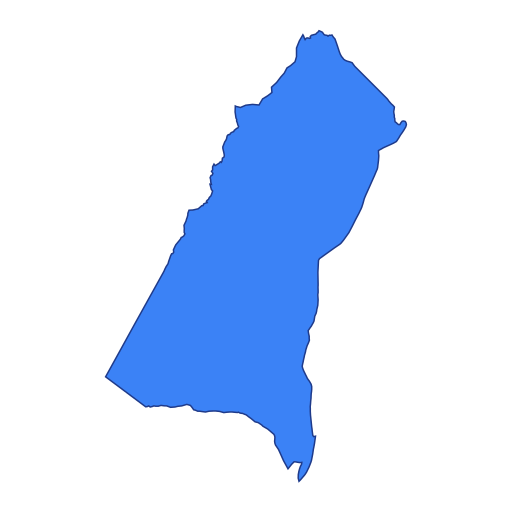 Funyula, Western, Kenya (Equal Earth projection)
{"feature_id": "3690345B93161899730703", "entity_name": "Funyula", "entity_type": "district", "adm_level": 2, "iso_a3": "KEN", "parent_name": "Kenya", "parent_adm1": "Western", "projection": "equal_earth", "projection_center": [34.091, 0.245], "detail": "fine", "context": "isolated", "style": "filled", "palette": "blue", "viewbox_px": 512, "rotation_deg": 0, "n_neighbors": 0, "source": "geoboundaries", "source_scale": "gbopen_adm2", "svg_char_len": 4859}
<svg xmlns="http://www.w3.org/2000/svg" viewBox="0 0 512 512"><path d="M299.0,481.3L300.6,479.7L304.7,474.9L305.6,473.6L306.6,472.0L308.2,468.7L308.9,467.3L309.5,465.8L310.9,462.2L311.5,460.2L312.7,454.0L313.4,449.1L313.8,447.2L314.5,443.4L315.5,436.2L313.7,436.6L312.8,435.4L312.2,430.9L312.0,428.8L311.7,426.9L311.3,423.0L310.7,417.1L310.5,415.2L310.3,411.5L310.3,410.0L310.3,408.5L310.2,406.7L310.5,404.0L310.7,401.1L311.0,398.3L311.1,395.4L311.2,393.7L311.5,391.7L311.7,389.5L311.7,386.5L311.1,384.2L310.2,382.6L309.1,380.8L308.0,379.4L307.1,377.9L306.4,376.3L305.7,375.0L304.9,373.3L303.9,371.3L303.3,369.9L302.6,368.0L302.2,366.2L302.7,363.7L303.1,362.0L303.4,360.4L303.8,358.6L304.2,356.9L304.5,355.2L305.1,353.2L305.5,351.7L305.8,349.9L306.4,348.1L306.8,346.7L307.3,345.3L308.2,343.4L308.9,341.6L309.4,340.2L309.2,338.5L309.2,336.2L308.7,334.1L308.4,332.4L308.2,330.5L309.1,329.3L309.8,328.2L311.4,326.0L312.3,324.3L313.2,322.8L314.0,321.0L314.4,318.5L314.8,316.1L316.1,313.3L316.6,311.2L316.8,309.5L317.3,307.5L317.8,305.3L318.1,300.0L318.0,298.0L317.9,296.6L317.8,294.5L318.1,292.7L318.1,290.6L318.0,287.1L318.1,285.5L318.1,283.8L317.9,272.3L318.0,270.2L318.5,260.3L319.5,258.6L334.7,247.7L340.0,244.1L341.2,243.0L343.7,239.9L348.9,232.6L352.3,226.1L355.3,220.1L356.3,218.2L358.1,214.8L358.9,213.3L359.8,211.4L361.0,209.0L361.8,207.1L362.5,204.9L363.1,203.0L364.2,198.9L364.7,197.6L366.0,194.5L366.7,193.0L367.5,191.2L369.3,187.2L371.7,181.8L373.7,177.3L374.3,176.0L375.0,174.3L376.4,171.0L377.2,169.2L377.6,167.7L377.9,165.1L378.2,162.8L378.5,160.2L378.8,155.8L378.5,152.6L378.5,150.5L383.7,147.6L387.5,145.9L390.4,144.6L393.4,143.2L396.4,141.5L398.6,138.2L400.4,135.1L402.0,132.9L403.6,130.5L405.7,127.0L406.4,124.7L406.1,123.0L405.3,121.5L403.7,121.0L402.2,121.2L401.0,122.6L399.8,124.6L398.7,124.6L397.5,123.9L396.5,122.8L395.1,121.8L394.8,120.1L394.8,118.6L394.3,117.3L394.3,115.3L393.9,113.3L393.7,111.5L394.1,109.4L394.4,107.0L392.9,105.3L391.2,103.8L390.0,102.4L389.0,101.3L387.9,99.7L387.0,98.6L373.6,85.2L354.7,66.3L353.4,64.5L352.1,62.7L350.2,62.0L348.4,61.5L347.0,61.1L345.2,60.3L343.6,59.2L342.7,57.9L341.5,56.5L340.3,54.3L339.5,52.3L338.6,49.6L337.8,47.1L336.9,44.4L336.2,42.4L335.0,39.0L333.6,37.4L332.7,36.2L332.0,35.0L330.7,35.3L329.3,35.2L328.0,36.1L327.0,35.3L325.8,35.2L324.3,34.8L323.3,33.6L322.5,32.3L320.9,31.5L319.0,30.7L318.0,32.1L316.9,32.9L315.7,34.2L314.3,34.5L312.9,34.9L311.4,35.3L310.2,36.6L310.5,38.0L309.3,38.4L307.9,37.9L306.3,38.1L305.1,39.6L304.3,38.1L303.7,36.2L302.9,34.8L299.3,41.0L296.5,48.0L296.5,56.7L295.0,61.8L290.6,65.6L287.0,67.9L284.2,73.2L280.8,77.0L276.6,82.5L271.5,87.2L271.9,92.5L267.8,95.7L262.6,98.9L259.0,105.0L252.6,104.4L245.8,105.2L240.4,107.5L237.8,106.8L236.6,106.6L235.3,106.0L235.1,112.0L235.4,114.0L235.7,116.2L236.0,118.1L236.7,119.4L236.6,121.0L237.4,123.1L237.8,124.9L238.6,126.4L238.0,127.8L236.5,128.5L235.4,129.5L234.3,130.3L233.7,131.6L232.1,132.2L230.5,133.2L229.8,134.5L228.2,134.7L227.1,136.0L226.5,138.9L225.7,140.5L224.7,142.0L222.8,146.9L222.9,148.7L223.7,152.0L224.0,153.5L224.3,155.2L224.1,156.9L222.4,158.2L222.1,160.8L221.3,162.4L220.3,161.8L219.4,163.0L216.4,164.9L215.1,165.6L214.0,164.1L212.6,166.8L212.6,170.0L211.5,171.3L212.9,173.3L212.3,175.0L211.0,175.6L210.1,177.7L210.6,179.5L210.8,182.3L211.4,184.4L210.0,184.2L211.4,189.6L212.6,190.9L212.2,192.3L211.7,193.9L210.9,195.9L209.3,197.5L208.5,199.3L207.2,200.3L206.4,201.3L207.2,202.6L206.0,202.9L203.7,203.9L203.0,205.6L201.8,205.7L198.2,208.8L192.9,210.0L189.0,210.2L187.9,213.2L187.8,215.1L187.2,217.3L186.5,219.2L186.0,221.1L184.0,225.3L184.3,228.5L184.2,230.3L184.2,232.4L184.9,233.9L183.9,235.8L182.4,237.0L181.2,237.5L180.4,239.2L175.8,244.8L174.9,246.6L173.4,249.9L173.7,252.2L172.7,253.6L171.6,253.8L170.7,255.6L168.6,261.6L168.1,263.6L167.1,265.2L166.2,266.5L164.9,269.1L164.1,271.0L163.2,272.7L135.0,323.5L118.1,354.2L105.6,376.8L145.7,406.8L147.2,406.6L148.7,405.9L150.2,407.0L152.3,406.5L153.9,405.9L155.7,406.2L158.3,406.2L161.0,405.4L164.0,405.8L166.7,405.9L170.5,407.3L175.0,407.0L177.8,406.3L181.7,405.9L186.8,404.4L188.3,404.8L190.4,405.4L192.2,407.6L193.7,409.8L195.4,410.2L197.7,411.2L199.6,411.2L202.3,411.6L205.5,412.0L209.1,411.2L213.2,411.0L215.7,411.0L219.6,411.4L223.8,412.6L226.9,412.2L229.8,412.0L232.1,412.0L235.1,412.3L237.4,412.5L238.5,412.2L239.9,413.0L241.3,413.3L242.6,413.4L244.4,414.2L246.1,414.8L247.3,415.7L248.5,416.7L250.5,418.1L252.5,419.7L255.0,421.8L258.2,422.6L261.6,424.9L263.0,426.3L267.7,429.0L272.5,433.1L273.9,434.3L274.5,435.5L274.9,437.2L274.8,439.2L274.6,441.2L274.9,443.2L275.5,445.0L278.4,449.3L279.8,452.3L283.5,460.6L288.0,468.8L291.6,464.3L294.1,461.8L295.8,461.9L297.3,462.2L299.2,462.5L300.3,462.6L301.8,462.4L301.6,464.1L300.5,466.2L299.6,468.7L298.9,471.3L298.3,474.5L298.2,478.1L299.0,481.3Z" fill="#3b82f6" stroke="#1e3a8a" stroke-width="1.5"/></svg>